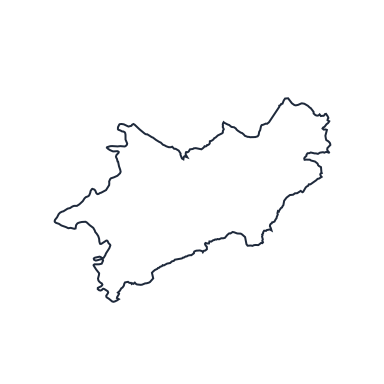 Manka, Leribe, Lesotho (orthographic projection), rotated 300°
{"feature_id": "5366337B27297723813", "entity_name": "Manka", "entity_type": "district", "adm_level": 2, "iso_a3": "LSO", "parent_name": "Lesotho", "parent_adm1": "Leribe", "projection": "orthographic", "projection_center": [27.816, -28.974], "detail": "fine", "context": "isolated", "style": "outline", "palette": "slate", "viewbox_px": 384, "rotation_deg": 300, "n_neighbors": 0, "source": "geoboundaries", "source_scale": "gbopen_adm2", "svg_char_len": 6044}
<svg xmlns="http://www.w3.org/2000/svg" viewBox="0 0 384 384"><g transform="rotate(300 192 192)"><path d="M294.6,291.6L295.4,289.2L296.1,288.0L297.7,287.3L301.9,288.3L302.7,287.7L303.5,286.7L303.8,285.8L304.1,284.5L304.1,282.4L305.1,281.3L307.4,279.4L313.2,277.8L313.0,276.5L311.9,274.8L312.2,273.3L313.3,273.3L314.8,274.2L318.0,274.6L319.5,275.3L320.8,275.5L321.9,275.5L321.9,273.5L322.9,273.1L324.3,273.1L325.3,271.8L326.7,269.0L325.9,268.2L324.8,268.2L323.8,267.9L323.2,266.9L322.2,265.6L323.0,263.7L321.9,263.4L321.1,262.8L320.6,261.9L320.3,260.5L320.8,258.1L322.2,257.2L324.0,252.9L324.0,251.7L324.6,249.3L324.6,245.2L324.0,243.5L323.5,242.5L320.6,240.4L319.3,239.0L318.8,238.3L318.5,237.1L318.8,234.1L321.2,228.4L319.5,225.9L317.2,225.7L313.7,226.2L312.8,225.2L311.4,225.2L310.4,224.4L309.5,225.0L290.9,223.8L288.6,222.9L288.2,221.8L285.7,219.9L284.8,218.9L283.4,218.9L279.6,220.1L277.7,220.1L274.7,221.2L273.0,221.0L271.2,219.3L268.5,214.9L268.2,213.7L267.6,212.7L267.1,209.6L267.6,208.4L268.1,206.0L267.8,204.5L268.0,201.1L268.3,199.4L268.9,198.3L269.1,196.1L268.1,193.6L268.6,190.6L268.3,189.3L268.1,185.4L268.3,184.5L267.1,184.5L265.8,184.9L264.7,185.8L263.7,186.1L262.3,188.1L260.4,188.2L258.8,189.0L257.8,188.7L253.9,186.1L251.0,185.2L249.6,184.3L248.4,184.3L247.3,183.9L246.0,183.2L244.9,182.1L243.1,183.0L242.0,183.0L240.8,182.4L240.2,181.6L239.2,181.6L238.3,181.1L237.9,180.0L236.9,180.0L235.2,179.5L233.7,178.8L231.9,173.4L230.7,171.7L229.7,171.2L227.9,168.9L225.5,168.9L224.2,168.3L223.7,167.0L222.6,167.1L221.3,167.8L219.7,170.6L219.2,167.6L218.1,167.4L216.0,168.2L216.0,166.5L218.6,163.3L219.6,162.9L221.2,159.8L221.2,156.2L220.5,154.9L221.3,152.2L220.3,151.4L219.2,149.5L218.7,146.9L218.7,144.9L218.4,143.3L219.2,140.2L219.0,138.8L219.1,134.8L219.6,131.0L219.4,129.8L219.6,124.4L219.0,123.4L218.9,122.0L220.0,115.4L221.6,108.7L221.6,107.3L220.3,106.5L219.0,106.4L216.9,104.2L216.5,99.1L215.7,97.0L214.7,95.6L214.1,95.3L211.1,95.5L209.4,96.4L209.1,97.1L209.5,99.4L209.5,101.2L210.1,102.4L210.1,103.8L209.6,104.7L208.3,105.8L204.2,108.2L201.6,111.6L200.4,112.0L198.7,111.6L197.8,111.0L195.9,107.0L194.3,104.8L191.8,99.8L190.8,98.3L189.0,96.6L188.2,96.0L187.8,96.1L187.4,97.8L187.3,100.0L187.6,103.0L188.0,103.9L190.0,106.9L190.2,107.6L190.0,108.6L189.2,108.8L186.2,108.1L184.5,108.5L183.8,109.3L183.3,110.3L181.2,112.3L181.3,112.8L177.7,116.0L175.4,118.7L173.8,120.1L172.2,120.3L168.8,119.3L165.6,117.0L163.4,115.0L162.1,114.7L159.7,115.0L158.2,116.0L156.5,116.8L150.7,116.6L146.0,113.7L145.1,112.8L143.7,112.1L143.0,111.4L142.9,110.7L143.2,109.7L144.9,107.5L145.3,106.2L144.9,104.1L144.3,103.8L142.0,103.7L140.7,104.2L138.3,104.6L137.0,104.5L136.1,104.0L134.4,102.6L132.7,102.1L129.5,102.0L125.0,100.6L122.5,99.3L121.1,96.9L119.7,95.7L117.1,94.4L115.4,92.6L111.0,90.3L109.9,89.2L108.2,88.1L106.2,87.6L102.6,87.8L99.5,87.3L98.1,87.6L97.5,88.2L97.3,89.8L97.9,92.6L97.7,95.6L98.6,100.4L98.8,103.0L100.3,104.9L101.3,108.5L102.2,109.4L105.3,108.2L107.2,108.4L107.8,108.6L109.2,109.7L110.9,111.5L113.0,114.7L113.0,116.2L112.1,120.1L111.6,124.4L110.0,127.1L109.0,128.2L108.2,130.4L106.9,132.9L105.1,134.9L102.7,136.6L101.2,138.2L101.4,139.0L101.8,139.4L107.1,142.1L107.4,142.7L107.3,143.4L106.0,145.3L105.4,147.5L104.9,148.0L102.0,148.5L95.7,148.2L93.9,148.5L90.9,148.4L90.4,148.1L89.9,147.0L90.0,145.3L89.8,144.3L86.8,141.0L86.2,140.5L85.3,140.2L84.6,140.8L84.3,141.3L84.5,143.0L86.0,144.6L87.8,146.2L88.7,147.6L88.8,148.3L88.7,148.8L88.1,149.3L85.3,149.6L84.7,149.6L83.0,147.8L80.6,143.7L79.7,143.3L79.2,143.5L77.0,147.7L75.2,152.2L73.7,152.9L70.0,153.9L68.6,155.2L68.1,156.2L67.7,158.0L67.7,159.6L67.0,160.7L66.4,160.8L65.0,160.5L61.9,158.4L60.8,158.9L60.5,160.6L60.9,162.0L61.8,162.8L63.6,163.3L64.0,163.8L64.1,165.0L63.9,168.6L63.2,169.6L62.2,169.8L59.3,169.6L58.4,170.2L58.1,171.0L58.0,173.4L57.3,177.6L57.6,178.8L58.5,179.8L60.7,181.3L62.6,182.2L62.6,180.0L63.6,179.7L66.8,179.8L67.6,179.6L67.8,178.1L70.4,178.9L73.1,178.9L74.6,179.6L76.8,179.8L78.8,179.2L80.2,179.2L82.2,181.5L82.0,182.6L82.2,183.7L82.8,184.6L82.2,185.8L83.3,186.3L83.3,187.3L84.9,187.8L84.4,189.3L84.4,190.5L86.0,194.1L86.8,195.1L89.4,197.1L90.4,198.5L92.0,200.0L93.0,200.6L97.8,201.6L102.0,197.7L103.5,198.0L106.0,198.9L108.1,200.4L109.1,200.5L110.1,201.5L111.2,201.7L112.7,203.0L114.0,203.2L114.3,204.3L117.5,206.2L119.6,208.6L121.7,209.2L123.3,210.7L124.8,211.0L129.1,216.1L129.9,216.8L130.7,217.0L131.2,217.8L133.0,218.7L133.5,219.6L135.1,220.5L136.4,222.0L136.9,223.0L139.9,224.3L140.7,223.8L141.7,223.8L143.3,225.0L145.3,228.0L145.9,230.5L145.3,231.5L146.9,231.6L148.0,232.8L149.9,233.5L152.0,232.2L152.5,230.5L153.5,229.2L154.6,229.2L155.1,231.0L155.9,232.4L157.9,231.8L158.7,233.5L160.9,234.5L161.4,235.2L162.5,235.8L163.0,236.9L164.0,237.6L164.6,239.1L166.6,240.5L167.4,242.0L168.7,243.4L172.7,244.1L174.8,244.9L175.3,246.0L177.7,247.2L178.2,248.7L178.7,251.9L180.3,255.0L180.3,256.5L179.5,260.5L174.0,265.3L173.3,267.0L175.1,269.8L175.6,271.3L176.9,272.2L177.9,273.5L179.2,276.0L182.4,277.3L182.9,278.5L184.0,278.6L184.8,277.3L186.4,277.0L188.5,274.9L189.8,274.7L190.3,274.0L191.6,274.3L192.6,273.8L194.5,273.8L195.0,274.6L195.3,275.5L196.4,275.8L198.5,278.1L198.5,280.0L200.3,278.1L201.3,276.6L202.4,276.1L203.9,276.1L204.7,276.7L205.8,276.6L206.6,277.5L207.7,278.2L210.0,278.1L211.6,278.3L212.6,277.9L215.5,277.5L216.3,276.6L218.4,276.0L218.4,277.0L219.7,276.8L222.6,277.1L223.7,277.7L224.7,277.5L226.3,277.7L230.5,276.2L234.4,276.7L238.3,278.3L240.2,280.9L242.3,281.8L243.6,283.7L247.3,285.6L247.0,287.7L247.8,288.2L252.8,288.2L254.1,288.6L255.5,289.5L257.0,289.3L257.8,290.7L264.3,293.7L266.2,294.2L267.0,295.2L269.9,296.7L270.4,295.3L271.5,294.2L272.5,294.2L273.3,294.9L273.8,294.2L278.0,291.3L278.0,288.8L278.3,287.8L279.4,286.5L279.9,283.3L278.8,279.4L278.9,277.9L277.2,274.8L276.2,273.4L277.0,272.5L278.1,272.3L280.4,273.0L281.7,272.5L283.3,272.7L284.3,274.2L285.6,275.1L286.7,278.8L287.4,280.0L288.0,282.0L290.1,283.2L292.0,285.6L292.2,286.9L293.3,287.7L294.1,288.8L294.6,291.6Z" fill="none" stroke="#1e293b" stroke-width="2"/></g></svg>